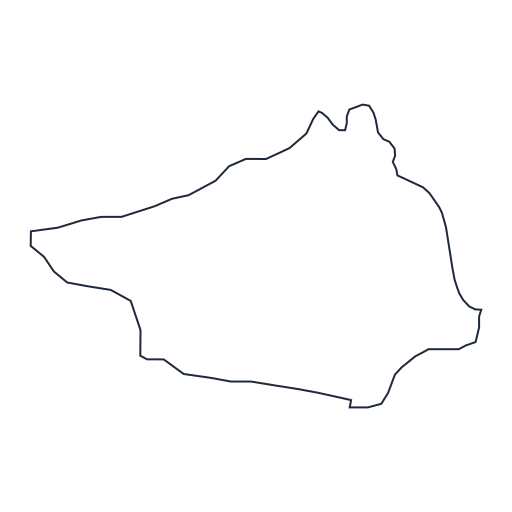 Sinwon, Hwanghae-namdo, North Korea
{"feature_id": "82179303B41250986640334", "entity_name": "Sinwon", "entity_type": "district", "adm_level": 2, "iso_a3": "PRK", "parent_name": "North Korea", "parent_adm1": "Hwanghae-namdo", "projection": "equal_earth", "projection_center": [125.777, 38.209], "detail": "fine", "context": "isolated", "style": "outline", "palette": "slate", "viewbox_px": 512, "rotation_deg": 0, "n_neighbors": 0, "source": "geoboundaries", "source_scale": "gbopen_adm2", "svg_char_len": 1138}
<svg xmlns="http://www.w3.org/2000/svg" viewBox="0 0 512 512"><path d="M481.3,309.7L475.2,309.4L469.2,306.4L463.2,300.0L459.2,293.2L456.9,286.8L454.6,279.7L452.3,267.3L446.0,227.3L442.0,213.0L439.1,207.0L429.4,193.1L423.1,187.4L405.2,179.0L397.4,175.4L396.3,169.3L392.8,161.8L395.1,155.8L394.6,148.6L389.4,141.8L383.4,139.2L378.0,132.4L375.7,119.6L373.4,112.5L369.1,105.7L362.6,104.6L349.4,109.5L346.8,116.3L346.8,123.0L345.1,130.2L339.1,130.2L332.6,124.5L327.7,117.8L322.0,112.9L318.5,111.4L313.2,119.0L306.4,133.5L289.5,148.1L266.0,159.0L245.9,158.9L229.1,166.2L215.6,180.7L188.6,195.2L171.9,198.8L155.0,206.1L121.4,216.9L101.3,216.9L98.2,217.4L81.2,220.5L57.7,227.7L30.9,231.3L30.7,245.9L44.0,256.8L53.9,271.5L67.2,282.5L87.3,286.2L110.7,289.9L130.7,300.9L140.5,330.1L140.3,355.7L147.0,359.3L163.7,359.4L183.7,374.0L210.5,377.8L230.6,381.5L250.7,381.5L274.1,385.3L297.6,389.0L317.7,392.7L351.1,400.1L349.7,407.4L367.8,407.4L381.3,403.8L388.1,392.9L394.9,374.6L401.7,367.3L415.2,356.4L428.6,349.2L442.0,349.2L458.8,349.2L465.5,345.6L475.6,342.0L479.1,327.4L479.1,316.4L481.3,309.7Z" fill="none" stroke="#1e293b" stroke-width="2"/></svg>